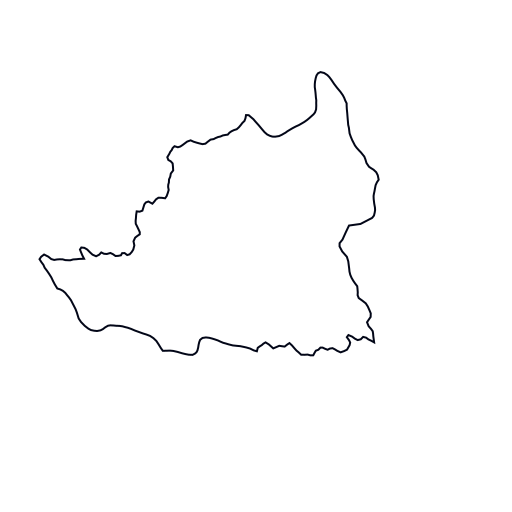 Guapé, Minas Gerais, Brazil, rotated 138°
{"feature_id": "56859067B82067875224037", "entity_name": "Guapé", "entity_type": "district", "adm_level": 2, "iso_a3": "BRA", "parent_name": "Brazil", "parent_adm1": "Minas Gerais", "projection": "equal_earth", "projection_center": [-45.915, -20.744], "detail": "fine", "context": "isolated", "style": "outline", "palette": "ink", "viewbox_px": 512, "rotation_deg": 138, "n_neighbors": 0, "source": "geoboundaries", "source_scale": "gbopen_adm2", "svg_char_len": 4653}
<svg xmlns="http://www.w3.org/2000/svg" viewBox="0 0 512 512"><g transform="rotate(138 256 256)"><path d="M425.4,364.8L423.8,362.1L422.8,359.3L422.4,356.2L422.6,353.4L422.7,350.5L423.1,346.9L423.9,343.9L424.7,340.8L425.7,337.1L427.0,333.8L428.4,330.8L429.6,328.2L430.2,324.0L430.0,318.7L429.2,314.2L428.2,311.4L426.3,308.8L424.3,306.6L421.3,304.8L418.7,304.1L415.8,303.9L412.6,303.2L410.6,301.9L408.4,299.7L406.5,297.6L404.4,295.6L402.3,293.1L400.8,290.7L399.3,288.5L397.6,285.4L395.9,281.7L393.5,277.2L391.9,274.2L390.0,271.0L388.2,267.5L387.2,263.6L386.9,259.5L387.5,255.5L388.3,251.3L388.7,247.9L385.8,245.4L383.2,243.2L381.0,240.8L378.4,237.1L375.9,233.0L373.9,230.1L372.0,227.6L369.3,225.0L366.7,224.3L364.6,224.3L362.7,225.0L360.3,226.6L358.1,228.4L355.8,230.0L353.6,231.1L350.6,230.9L347.7,229.0L345.5,226.5L343.9,224.1L342.4,221.6L340.8,218.7L339.8,216.3L338.5,213.5L337.0,211.2L335.5,208.7L333.1,205.1L330.4,202.1L328.1,199.6L325.9,196.6L324.4,194.5L322.4,191.3L320.8,187.3L319.1,184.6L316.1,186.6L313.5,186.3L311.3,185.9L309.1,185.9L306.7,185.4L305.6,181.6L305.0,175.8L301.8,174.7L298.8,173.7L297.1,171.6L295.3,169.5L292.0,169.3L289.4,168.9L289.1,165.5L289.2,161.5L289.2,158.6L288.8,156.0L288.5,152.4L286.0,150.1L283.6,148.2L282.0,145.7L279.9,143.9L276.9,145.0L274.9,145.6L272.4,144.6L269.4,144.8L267.8,143.4L266.8,140.9L265.5,138.4L263.1,137.8L260.8,136.3L259.8,133.7L259.1,131.2L257.6,127.8L254.2,126.4L251.0,125.5L248.3,126.4L246.1,127.1L243.9,128.7L243.2,131.2L242.8,134.9L240.2,135.4L238.5,131.7L237.8,128.3L236.7,125.5L233.9,124.0L230.5,124.2L228.8,121.6L228.3,118.9L227.1,116.0L226.0,112.8L224.5,115.0L222.5,117.9L220.9,120.0L219.6,122.0L219.3,124.8L219.3,128.4L217.8,132.5L214.6,133.3L211.6,134.0L209.1,136.6L207.9,140.0L206.7,143.7L206.1,147.4L206.9,151.9L207.8,156.0L206.7,158.9L204.7,160.9L202.6,163.6L201.0,165.8L200.7,169.4L200.3,172.4L199.6,175.8L198.5,179.0L197.0,181.8L195.1,184.4L191.0,190.3L189.0,194.6L188.9,201.7L187.5,207.2L185.3,209.6L180.8,210.3L173.5,213.5L166.5,216.4L156.9,209.9L144.2,206.6L141.3,207.1L138.8,208.8L136.8,210.4L135.2,212.4L133.1,215.8L130.5,219.5L128.5,221.9L126.8,223.3L124.7,224.8L122.1,226.8L119.7,228.6L116.7,229.9L113.8,230.6L111.5,234.5L110.6,237.8L110.9,241.5L111.7,244.2L112.3,246.7L111.7,251.1L110.1,254.5L109.0,257.4L108.7,262.7L108.8,265.4L108.8,269.0L108.5,272.0L107.7,275.0L107.0,277.7L105.8,281.1L104.4,284.5L102.6,287.1L101.2,289.1L99.7,291.8L97.8,294.3L96.3,296.3L94.7,298.4L92.7,301.0L90.2,304.4L88.1,307.0L86.5,308.8L85.7,311.7L84.6,314.6L83.9,317.4L83.4,321.5L83.2,326.9L82.8,331.7L82.1,336.5L81.8,340.0L81.9,342.7L82.9,346.4L85.0,349.5L87.6,350.3L90.2,349.7L92.5,348.3L95.2,346.3L97.3,344.4L99.3,342.2L100.7,340.1L102.4,337.7L103.9,335.7L105.5,333.6L107.0,331.4L108.9,329.4L110.7,327.3L113.3,324.7L116.1,323.2L118.4,322.8L121.3,322.8L124.1,322.8L126.9,322.9L130.4,323.3L133.8,324.0L136.6,324.6L139.7,325.6L142.0,326.2L144.1,326.7L146.7,327.2L149.4,327.7L151.6,327.9L153.7,328.4L155.7,328.8L158.6,329.7L161.7,331.7L163.9,333.7L165.3,336.1L166.4,338.9L166.8,342.3L166.7,346.4L166.5,351.6L166.5,356.4L166.4,359.4L166.8,362.3L167.2,365.5L169.1,367.4L171.7,365.4L174.2,364.1L177.1,364.0L179.7,363.5L182.6,363.1L185.5,363.1L188.1,364.3L190.8,365.1L193.2,365.4L195.8,365.1L197.7,366.4L200.0,367.8L202.5,368.6L204.6,369.8L207.2,370.7L209.2,371.2L211.9,372.9L215.5,373.2L218.4,373.3L220.9,374.9L222.7,377.5L224.3,380.0L225.9,382.7L227.2,385.7L230.6,387.1L236.3,387.6L239.0,388.0L241.3,389.1L243.1,392.1L245.7,392.0L247.8,391.1L249.9,390.8L252.1,389.9L255.8,388.8L256.9,386.0L256.0,383.4L256.0,380.6L257.9,378.0L260.3,375.0L264.1,374.3L266.7,372.3L269.4,371.1L271.6,368.9L273.5,367.7L275.1,366.1L276.7,363.5L279.5,361.8L282.3,360.3L284.9,359.7L287.2,362.4L289.5,364.6L292.4,365.0L295.2,364.5L298.0,364.2L299.5,368.5L302.0,369.5L304.4,369.1L306.9,367.6L310.1,365.7L312.8,366.8L314.8,369.0L317.5,366.8L320.0,364.4L322.0,362.6L323.8,360.4L324.5,357.7L325.5,354.4L326.4,351.5L327.9,349.9L330.6,350.3L333.5,350.5L337.2,348.9L339.3,345.3L342.9,342.9L345.7,342.1L348.8,341.8L351.1,342.9L351.7,346.1L353.6,347.7L355.9,346.9L358.3,348.3L360.4,350.0L361.1,353.1L362.2,355.7L365.5,357.3L367.5,359.4L368.6,362.2L371.7,361.9L375.0,362.8L376.6,366.4L376.9,369.6L377.1,373.8L378.1,376.9L380.1,379.2L382.5,378.6L383.4,376.2L384.6,372.8L385.6,369.0L387.4,370.5L389.3,372.1L391.4,373.6L394.2,375.8L396.9,377.1L398.9,379.0L400.5,380.6L402.0,383.0L404.3,385.1L406.2,386.6L408.6,388.1L410.2,390.7L410.8,394.5L412.5,398.9L416.2,399.2L419.0,398.5L419.6,395.1L419.9,391.7L420.9,388.7L421.2,385.0L421.7,381.2L422.4,377.1L423.5,373.5L424.5,369.6L425.4,364.8Z" fill="none" stroke="#020617" stroke-width="2"/></g></svg>